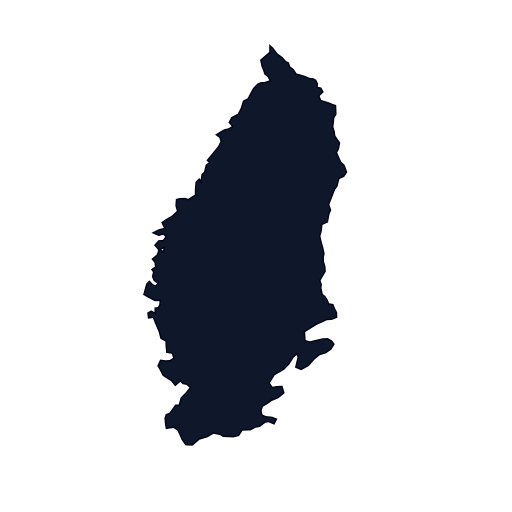 Água Limpa, Goiás, Brazil, rotated 21°
{"feature_id": "56859067B43995511544002", "entity_name": "Água Limpa", "entity_type": "district", "adm_level": 2, "iso_a3": "BRA", "parent_name": "Brazil", "parent_adm1": "Goiás", "projection": "natural_earth1", "projection_center": [-48.795, -18.074], "detail": "fine", "context": "isolated", "style": "filled", "palette": "ink", "viewbox_px": 512, "rotation_deg": 21, "n_neighbors": 0, "source": "geoboundaries", "source_scale": "gbopen_adm2", "svg_char_len": 3072}
<svg xmlns="http://www.w3.org/2000/svg" viewBox="0 0 512 512"><g transform="rotate(21 256 256)"><path d="M276.3,87.1L273.1,87.3L269.9,87.1L260.6,87.7L257.2,83.9L259.6,78.9L256.4,76.1L252.4,76.7L251.6,73.3L248.7,70.6L245.8,70.2L242.4,71.2L237.2,71.0L231.7,71.4L228.2,71.8L224.0,68.7L219.6,67.4L217.0,64.2L213.9,64.0L209.4,61.5L203.7,60.0L200.0,57.9L197.4,56.2L193.7,54.7L196.0,60.8L193.0,66.5L190.3,71.4L193.9,76.9L196.9,80.1L199.2,82.9L203.1,84.1L206.6,87.3L202.0,91.1L198.7,92.5L196.0,95.1L193.8,100.4L193.0,106.0L192.3,112.1L188.9,115.9L189.4,123.5L188.7,129.9L183.8,135.6L183.2,140.9L188.0,143.4L184.7,147.4L181.3,149.7L178.3,153.4L175.6,157.0L179.8,158.1L182.4,161.5L182.0,167.2L176.4,184.1L179.3,185.4L177.1,189.1L178.0,196.1L176.5,199.4L178.2,206.8L175.5,204.6L173.7,208.5L175.6,215.1L177.7,220.9L175.0,224.3L172.6,227.7L169.3,227.8L164.4,229.8L161.6,231.8L163.4,237.7L166.8,242.3L163.6,248.9L159.1,254.4L156.4,258.5L161.0,262.9L156.1,266.4L151.7,271.2L157.8,271.5L161.6,268.6L165.3,270.1L163.8,275.0L159.8,276.7L157.8,282.1L163.5,285.1L163.4,290.7L160.4,296.0L164.1,298.1L166.3,302.1L163.7,305.9L166.3,307.6L166.8,312.2L169.7,315.2L174.7,316.7L173.0,320.0L169.8,320.0L165.6,317.9L164.1,321.4L165.2,332.1L177.5,333.8L182.5,331.7L183.8,335.8L183.4,339.3L180.6,340.8L182.4,345.7L177.9,345.1L175.6,348.0L177.9,352.3L182.2,349.9L186.6,354.9L189.3,357.6L192.7,361.1L196.9,366.9L202.6,367.6L204.2,371.7L207.3,377.8L212.7,376.7L216.0,380.8L213.2,384.6L209.3,386.4L204.3,387.6L203.9,393.6L206.5,395.6L212.1,400.6L216.1,401.5L221.6,402.5L227.0,405.6L230.1,399.7L233.6,401.2L237.2,400.5L242.0,402.2L240.0,408.6L237.1,415.3L237.8,422.9L234.5,424.1L231.9,434.0L229.1,436.3L229.4,440.2L231.9,445.3L234.1,449.0L240.4,445.4L245.2,446.3L249.3,450.1L252.6,453.5L258.1,457.3L264.3,455.2L268.5,447.3L275.2,442.1L279.6,436.6L286.6,435.3L289.8,436.1L299.4,432.9L304.0,429.8L305.4,423.4L313.1,420.1L316.6,416.0L320.4,413.7L323.9,407.9L327.0,406.0L333.0,406.2L333.5,401.0L328.6,401.0L322.7,402.6L318.5,402.5L316.1,398.8L315.7,394.0L319.5,389.3L321.9,385.5L327.4,380.2L331.0,373.8L326.9,368.5L322.1,370.7L318.2,373.0L313.7,369.9L315.5,360.3L322.4,351.8L325.3,345.1L326.9,337.2L329.0,332.8L331.6,334.9L333.0,345.5L338.8,345.7L344.1,339.4L347.1,331.3L350.5,325.3L355.6,321.4L359.2,316.1L360.3,310.4L357.2,308.4L352.6,307.6L347.8,309.7L337.0,317.1L332.0,317.4L328.3,309.3L332.8,303.3L336.7,298.2L344.7,290.0L349.4,287.8L353.2,284.3L351.3,279.9L347.8,276.8L345.2,273.9L340.9,274.7L338.3,271.8L334.8,269.2L331.6,268.2L327.9,262.7L327.1,259.3L324.3,255.9L325.3,249.7L326.0,245.5L323.9,241.1L321.0,237.4L319.2,233.2L318.5,229.4L315.5,224.8L312.0,220.1L308.3,214.6L307.8,209.3L306.1,202.9L310.4,198.7L308.9,190.4L309.1,186.4L305.3,181.8L305.4,165.5L306.5,161.9L306.0,158.1L305.6,153.9L309.3,150.2L310.4,145.2L305.8,140.0L300.9,137.7L297.4,134.1L293.9,130.5L294.5,126.5L293.4,120.5L289.8,118.1L286.4,115.7L284.5,112.1L281.3,108.0L280.2,103.5L278.9,98.9L279.7,95.1L278.4,91.9L276.3,87.1ZM163.5,285.1L167.4,280.7L168.1,284.9L163.5,285.1Z" fill="#0f172a" stroke="#020617" stroke-width="1.5"/></g></svg>